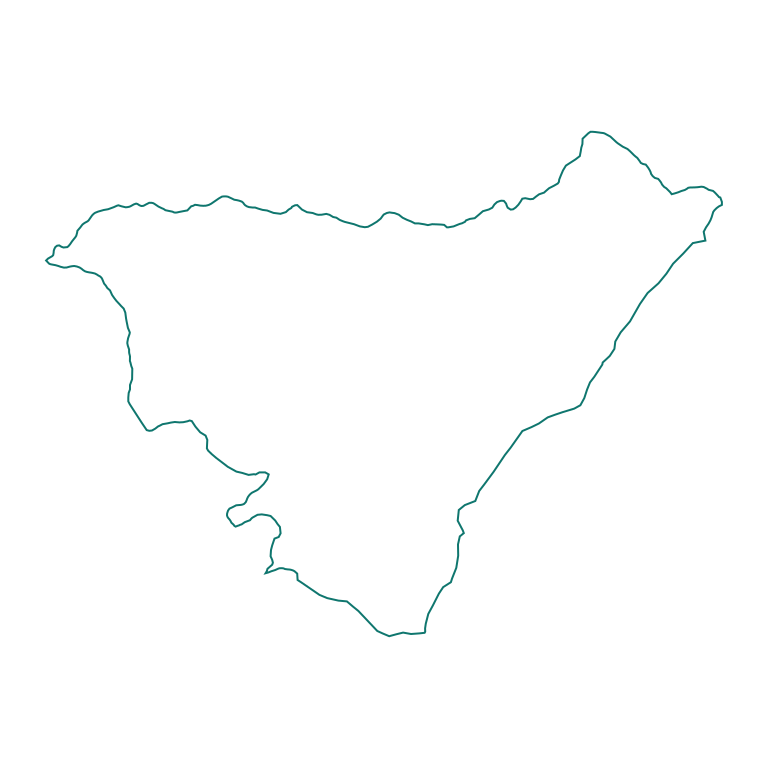 outline of Bjena, Wangdi Phodrang, Bhutan
{"feature_id": "84629894B58732287515502", "entity_name": "Bjena", "entity_type": "district", "adm_level": 2, "iso_a3": "BTN", "parent_name": "Bhutan", "parent_adm1": "Wangdi Phodrang", "projection": "robinson", "projection_center": [90.021, 27.463], "detail": "fine", "context": "isolated", "style": "outline", "palette": "teal", "viewbox_px": 768, "rotation_deg": 0, "n_neighbors": 0, "source": "geoboundaries", "source_scale": "gbopen_adm2", "svg_char_len": 6072}
<svg xmlns="http://www.w3.org/2000/svg" viewBox="0 0 768 768"><path d="M463.8,533.1L462.8,530.4L457.7,520.7L458.8,510.0L464.8,505.1L475.3,501.0L479.2,491.0L484.5,484.1L493.6,471.8L504.9,455.0L510.6,447.7L522.4,431.0L531.5,427.1L538.9,423.5L547.7,417.4L555.1,414.7L562.5,412.2L574.3,408.6L580.4,405.2L584.3,398.1L587.1,389.5L590.0,382.4L594.3,376.8L602.3,364.6L602.7,362.5L606.1,359.4L609.8,355.9L614.4,348.9L615.3,341.5L620.7,332.3L630.0,321.4L640.0,303.9L647.6,293.0L658.5,283.3L666.4,273.7L673.1,263.7L683.2,253.6L692.8,243.1L705.4,240.6L703.7,231.8L706.0,227.4L708.6,223.6L710.4,220.3L711.6,217.3L713.2,212.0L714.3,210.4L716.6,208.1L718.9,206.4L721.9,204.9L721.9,201.9L720.3,197.5L719.0,197.1L718.2,196.1L715.6,193.3L714.3,192.0L713.0,190.9L708.6,189.8L707.2,188.8L703.7,187.0L701.4,186.7L697.6,187.2L694.3,187.4L690.0,187.5L688.2,187.8L686.9,188.8L684.8,190.0L681.4,191.0L678.2,192.3L674.4,193.5L671.7,194.2L670.1,192.1L666.3,188.3L664.1,186.9L662.1,184.6L661.0,182.4L659.5,180.4L658.2,178.9L654.8,177.9L652.7,176.1L651.1,173.9L650.6,172.1L649.7,170.2L648.1,167.6L645.8,164.6L643.0,164.0L640.8,162.9L639.8,161.3L638.7,159.8L637.3,157.9L635.5,156.5L633.8,155.0L630.0,151.2L627.5,149.0L622.8,146.7L617.8,143.3L616.3,142.1L610.4,136.6L604.5,133.4L603.0,133.0L601.1,132.8L599.0,132.5L595.1,132.0L592.7,131.8L590.5,131.8L588.4,133.2L582.6,138.7L582.4,144.1L581.3,147.7L580.7,151.5L579.8,156.1L575.5,159.4L569.6,163.2L565.9,165.6L563.0,170.4L560.9,175.3L559.2,179.6L558.9,181.9L557.8,183.5L553.8,185.8L549.1,188.2L545.5,191.3L544.1,192.6L539.1,194.3L536.1,196.5L533.1,198.9L530.1,199.2L525.2,198.2L522.3,198.7L520.7,201.4L518.4,204.7L515.7,207.5L513.1,209.3L510.7,209.6L507.7,207.7L506.7,205.5L506.1,203.6L503.9,200.9L501.4,200.7L499.9,201.0L497.0,202.1L494.4,204.5L492.3,207.7L488.8,209.5L482.9,211.2L479.1,214.5L474.7,218.2L469.9,218.9L466.0,220.4L465.0,221.8L462.0,223.3L459.8,223.9L457.5,224.8L453.6,226.4L448.5,227.3L446.9,227.3L444.2,224.9L441.6,224.6L437.6,224.4L432.2,224.2L427.9,225.1L424.3,224.3L419.9,223.6L418.5,223.4L414.9,223.4L411.2,221.5L406.9,219.8L402.6,217.7L398.8,214.7L394.6,213.1L392.1,212.8L389.5,212.4L386.8,213.0L383.8,214.5L382.8,215.7L380.7,218.6L376.9,221.7L372.1,224.6L367.9,226.8L364.8,227.2L359.9,226.4L354.0,224.2L344.8,221.9L342.8,221.2L339.7,219.9L336.4,217.7L333.1,217.0L329.5,214.8L326.3,213.9L321.6,214.7L318.3,214.8L316.4,214.4L312.7,213.0L307.0,212.2L302.0,209.6L297.3,205.1L295.0,205.3L292.0,206.8L291.3,208.0L288.6,209.6L285.9,212.1L280.5,213.8L273.5,212.9L267.1,210.5L262.6,209.9L258.2,208.6L255.0,207.5L252.4,207.5L249.0,207.1L247.0,206.4L245.1,205.2L244.1,204.1L243.2,202.8L241.8,201.6L239.2,200.7L237.1,200.2L234.2,199.7L231.8,198.5L227.9,196.7L226.0,196.4L223.8,196.4L222.0,196.6L218.9,198.4L211.2,203.7L209.1,204.8L207.5,205.3L205.7,205.7L203.2,205.8L200.2,205.6L197.6,205.1L195.0,204.8L193.1,205.8L191.2,206.3L187.4,210.4L183.1,211.2L179.5,211.9L176.8,212.5L175.0,212.6L173.7,212.3L172.6,211.7L168.2,210.8L165.4,210.2L163.5,208.9L162.2,208.4L158.5,206.6L154.5,203.9L153.3,203.2L151.6,202.8L149.2,202.8L145.5,204.7L144.3,205.4L143.1,205.9L141.3,206.0L139.5,205.3L137.5,204.0L136.1,203.6L133.8,204.4L130.8,206.1L129.5,206.7L127.6,207.1L125.7,207.3L121.5,206.3L118.4,205.3L117.0,205.7L113.7,207.2L108.2,209.2L106.6,209.5L103.7,210.0L99.5,211.2L98.1,211.6L95.1,212.8L93.7,213.8L92.1,215.4L88.6,220.4L87.6,221.3L84.5,223.0L82.5,224.5L81.4,225.9L80.4,227.3L77.4,230.8L77.1,232.7L76.3,235.7L75.3,237.3L73.9,239.0L72.0,241.4L70.1,244.2L68.5,246.1L67.3,247.1L63.5,247.5L61.5,246.8L59.2,245.4L57.1,245.7L55.4,247.0L54.5,248.6L53.8,250.6L53.6,252.9L53.2,255.1L52.3,256.1L48.0,258.6L46.1,260.5L47.9,262.4L49.3,263.8L50.8,264.3L55.6,265.2L58.4,266.0L60.6,266.8L63.9,267.6L66.6,267.5L69.9,266.6L72.1,266.2L74.2,266.0L76.9,266.5L79.6,267.5L81.6,268.8L83.0,270.0L85.0,271.3L86.8,271.9L89.3,272.4L90.8,272.6L92.4,272.9L94.9,273.5L97.0,274.6L98.3,275.5L100.2,276.5L101.5,277.8L102.2,279.0L104.1,283.6L105.8,285.6L107.3,288.0L110.0,290.4L112.1,295.0L114.4,298.3L116.5,301.0L119.5,304.2L121.2,306.1L123.7,308.6L125.3,312.6L126.1,318.7L126.7,321.9L127.9,327.8L129.8,332.4L129.6,333.8L128.1,338.2L127.4,341.9L127.3,343.2L127.8,345.6L129.1,349.5L129.1,352.1L129.3,353.6L129.7,355.0L130.0,356.5L129.9,361.0L130.4,362.4L131.3,366.1L132.3,368.7L132.1,379.3L130.0,385.0L130.0,389.4L128.7,392.9L128.3,397.5L128.3,401.4L129.8,404.3L141.7,422.7L146.7,430.1L149.3,430.8L152.0,430.5L155.3,428.6L158.1,426.4L159.7,425.7L162.5,424.2L167.7,423.3L170.8,422.6L174.8,422.0L179.4,422.4L183.2,422.2L187.4,421.3L189.7,420.5L191.8,421.1L195.4,426.6L200.2,432.3L205.6,435.6L207.3,439.9L206.9,448.4L208.1,450.6L211.7,454.1L216.3,458.0L227.8,466.8L236.4,471.6L242.1,472.9L248.6,474.9L254.0,474.2L255.6,474.5L259.4,472.4L265.2,472.4L268.7,474.4L267.2,479.2L263.7,484.0L258.3,489.3L256.8,490.3L252.0,492.7L250.5,493.9L249.1,495.4L247.9,497.1L247.1,498.8L246.7,500.0L245.8,502.1L244.1,503.9L242.7,504.5L241.0,504.9L236.2,505.3L233.5,506.7L231.7,507.6L229.5,508.6L228.1,510.5L227.5,512.2L227.1,513.6L227.0,515.3L227.4,516.7L228.2,518.0L229.4,519.3L230.4,520.7L231.4,522.7L233.6,524.7L234.4,525.9L235.6,526.6L237.7,525.8L239.0,525.4L240.1,524.8L241.6,524.4L244.7,522.2L250.0,520.2L251.5,518.4L252.5,517.6L257.5,514.8L261.8,514.4L267.2,515.2L270.6,516.0L275.2,520.5L277.6,524.1L279.9,526.9L280.6,533.3L278.7,537.0L274.5,538.6L272.2,545.4L271.0,550.0L270.8,553.0L270.6,556.3L272.2,559.9L272.9,562.7L272.2,564.7L267.5,568.8L266.8,571.2L265.6,573.2L268.5,572.4L271.2,571.3L275.3,570.0L276.6,569.4L277.9,568.8L279.3,568.3L280.7,568.2L282.1,568.2L283.6,568.4L284.9,569.0L286.3,569.2L287.8,569.4L289.2,569.5L290.6,569.7L292.0,570.1L293.4,570.6L294.6,571.3L297.2,573.6L297.6,580.0L300.7,582.0L319.5,594.9L327.2,598.1L338.4,600.6L346.9,601.4L353.0,606.6L358.4,611.0L377.3,631.0L382.8,633.5L389.2,636.2L396.6,634.2L403.1,632.6L411.0,634.0L419.3,633.4L424.6,632.8L425.2,631.7L425.1,628.3L425.8,623.6L428.3,613.9L432.8,605.6L438.9,593.6L443.2,587.1L450.9,582.2L452.0,578.7L456.3,567.8L458.2,555.7L458.0,544.4L459.8,536.4L463.8,533.1Z" fill="none" stroke="#0f766e" stroke-width="2"/></svg>